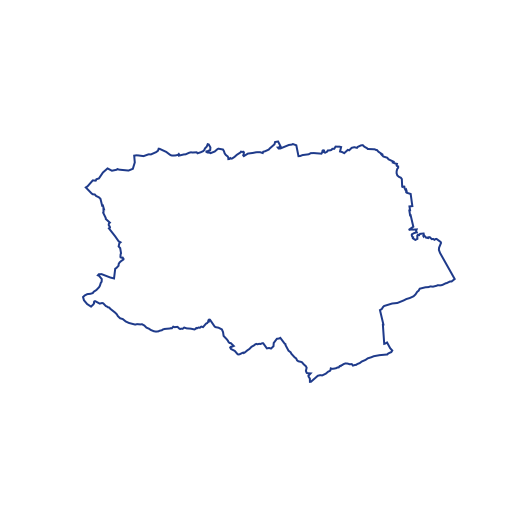 Mihaesti, Arges, Romania (Albers equal-area conic projection), rotated 237°
{"feature_id": "2599482B87190754251208", "entity_name": "Mihaesti", "entity_type": "district", "adm_level": 2, "iso_a3": "ROU", "parent_name": "Romania", "parent_adm1": "Arges", "projection": "albers", "projection_center": [25.018, 45.129], "detail": "fine", "context": "isolated", "style": "outline", "palette": "blue", "viewbox_px": 512, "rotation_deg": 237, "n_neighbors": 0, "source": "geoboundaries", "source_scale": "gbopen_adm2", "svg_char_len": 6152}
<svg xmlns="http://www.w3.org/2000/svg" viewBox="0 0 512 512"><g transform="rotate(237 256 256)"><path d="M308.1,369.2L306.9,368.0L306.2,366.6L310.8,360.6L312.4,358.0L312.6,355.6L315.3,350.0L315.8,347.5L316.6,346.0L326.9,350.1L329.8,347.9L329.9,346.8L331.2,344.1L332.9,335.0L333.8,333.5L335.0,333.4L334.0,335.2L334.7,335.5L334.5,336.3L340.0,336.9L341.2,334.1L339.6,332.3L338.7,326.0L338.3,324.7L338.9,320.6L339.5,318.8L338.7,317.7L340.8,316.0L342.9,312.7L344.1,309.6L346.3,305.0L346.4,300.2L347.4,300.1L348.1,301.1L349.5,302.3L350.3,302.2L350.6,301.4L351.7,300.2L351.3,299.5L351.3,295.0L350.8,291.9L350.8,289.0L351.2,288.1L352.1,287.8L351.9,286.4L352.3,285.6L353.5,286.3L354.8,286.5L357.2,285.7L359.1,285.6L361.3,286.2L363.3,286.3L366.5,282.9L366.6,281.7L366.1,278.3L367.0,273.9L367.8,273.5L369.3,271.6L370.4,271.1L370.7,271.4L370.1,273.0L370.1,274.0L369.6,274.8L369.8,275.3L371.9,276.9L375.3,277.1L376.1,276.4L374.6,274.3L374.0,271.7L373.1,270.5L372.7,268.9L373.1,266.1L374.0,262.9L375.3,262.7L377.3,259.2L378.4,257.9L379.0,256.2L379.6,252.3L380.4,251.0L382.1,246.2L382.9,246.8L383.6,246.8L383.3,245.6L384.3,243.0L385.9,240.4L386.7,239.6L387.8,239.0L392.2,237.4L398.4,233.5L399.0,232.8L397.7,231.2L397.5,228.9L398.4,223.3L399.8,221.2L401.0,216.1L404.5,212.0L405.6,210.5L406.5,208.5L400.5,205.3L396.2,200.2L397.1,195.6L403.0,188.2L404.4,187.1L404.2,186.2L406.0,181.6L410.3,179.2L409.4,173.1L406.6,166.5L407.3,164.0L406.5,162.6L408.3,160.3L406.2,152.7L406.2,150.6L398.0,152.2L396.7,152.7L395.4,154.3L393.4,154.6L390.8,156.2L388.7,156.7L382.0,154.4L381.8,155.1L378.1,154.0L378.4,153.6L375.9,152.1L375.8,151.6L375.5,151.4L369.8,150.7L368.8,150.2L363.6,151.6L363.5,150.7L362.9,149.8L361.7,149.2L360.4,149.4L359.4,149.0L359.3,147.7L349.2,148.6L343.2,148.8L341.3,149.8L341.1,148.3L338.8,146.0L336.6,146.4L331.8,144.3L331.2,143.4L329.2,141.9L328.6,141.7L327.2,142.9L327.2,143.3L325.6,143.3L325.3,142.9L325.2,140.2L324.9,138.1L324.1,136.5L322.7,135.4L322.0,132.5L322.0,131.0L314.5,124.7L317.3,122.1L324.9,116.6L326.3,114.2L325.9,112.9L324.9,113.6L320.7,114.1L320.1,113.7L318.5,112.5L318.0,111.2L316.1,108.9L315.3,107.4L314.4,103.6L314.4,100.4L313.8,98.9L314.5,96.5L315.9,93.8L316.2,90.9L315.8,88.6L312.6,87.6L307.7,88.2L303.4,90.1L304.0,93.3L304.6,94.5L305.6,95.0L306.0,95.9L305.6,96.6L301.2,99.0L300.4,101.3L299.5,102.1L295.8,102.8L294.4,103.7L293.6,103.9L292.6,104.9L291.2,105.0L285.3,107.0L283.0,107.5L280.8,107.4L277.8,108.1L275.7,109.9L272.0,111.1L269.0,113.0L264.3,117.3L263.6,119.2L261.5,121.9L260.9,123.2L258.5,124.5L255.6,125.1L253.2,126.7L251.4,127.4L248.6,129.3L247.1,130.9L246.0,133.0L245.8,134.5L245.0,136.6L245.1,137.8L244.6,139.6L242.0,144.5L242.0,145.0L241.2,146.0L241.8,148.1L240.7,148.9L239.3,151.6L237.0,152.1L236.1,152.6L235.8,153.7L234.9,154.8L235.1,156.8L233.0,158.5L230.6,161.7L227.9,164.4L227.8,165.5L228.1,166.1L228.1,166.8L227.5,167.1L227.3,168.9L226.4,169.8L226.6,171.3L226.5,171.8L225.2,172.8L226.5,177.3L226.3,178.5L226.8,179.7L226.6,180.7L226.9,180.9L227.7,180.8L228.1,181.3L228.2,182.1L227.6,182.7L219.3,182.9L218.3,183.4L216.3,185.5L213.0,187.4L210.1,186.9L206.6,185.3L202.3,186.1L200.2,186.3L199.2,186.1L197.5,186.4L196.7,187.4L192.7,188.3L193.1,186.0L193.5,185.7L193.5,185.0L193.3,184.5L191.6,184.4L188.0,186.5L183.6,187.1L183.0,187.6L182.5,188.7L182.1,192.1L181.8,192.9L181.3,192.9L181.2,194.2L181.6,197.5L181.6,199.7L182.3,202.8L182.1,205.6L182.3,207.2L182.1,208.4L181.2,209.1L180.6,210.9L179.8,211.7L179.4,213.8L178.9,214.5L172.6,214.8L171.7,216.9L170.2,218.2L170.8,221.5L173.4,223.5L175.2,228.4L174.2,230.5L174.1,231.8L166.9,232.3L166.1,232.7L165.0,232.2L158.9,231.7L156.3,232.6L154.9,232.4L150.0,233.2L148.2,233.9L146.1,233.6L144.6,234.2L142.8,236.0L141.8,236.7L139.3,237.0L136.4,237.8L134.7,237.6L132.5,235.3L130.7,234.9L130.2,234.9L129.5,235.5L127.8,237.8L127.0,234.7L126.2,234.4L123.9,234.4L121.1,232.7L120.6,233.5L121.9,242.6L121.1,244.9L119.8,246.5L119.3,250.5L119.7,253.5L119.4,255.4L119.6,256.1L121.0,257.5L119.9,258.4L119.0,260.2L118.2,262.3L118.2,263.5L117.5,264.7L118.1,266.2L117.5,267.1L117.9,268.0L117.5,269.1L117.7,270.3L117.2,272.5L115.9,274.2L114.0,275.8L113.5,277.0L113.0,277.5L111.3,277.6L110.7,279.7L110.2,280.5L110.2,282.3L109.7,284.7L109.9,287.2L109.2,291.3L109.3,294.0L108.3,297.5L107.8,300.2L105.5,305.7L101.9,312.5L102.2,313.4L102.1,314.9L101.7,317.1L102.5,318.8L105.6,318.3L112.1,318.8L112.2,316.7L112.5,315.7L129.3,325.0L129.1,325.5L143.1,330.5L143.0,332.5L144.1,335.0L144.3,336.2L142.0,344.3L139.6,349.0L138.3,355.7L138.0,358.7L137.0,362.1L136.4,366.2L136.9,368.8L138.2,371.8L138.3,373.4L139.4,375.5L137.5,381.0L136.0,383.7L135.5,385.7L133.9,387.7L132.6,391.5L132.6,392.3L130.8,394.9L130.2,396.7L129.8,400.3L129.4,401.1L129.0,404.7L128.1,406.2L128.5,410.1L158.3,412.0L161.5,412.7L163.3,414.1L166.2,418.3L167.2,418.5L172.0,416.7L172.4,415.9L172.4,414.5L173.8,413.9L174.4,412.6L177.1,412.0L177.6,411.3L177.2,410.2L177.7,409.7L178.2,409.7L178.6,408.7L181.1,408.3L181.5,407.5L181.3,407.2L181.6,407.2L181.8,407.3L181.7,408.1L183.6,408.8L185.2,405.7L185.0,405.0L185.1,404.4L184.7,404.1L185.2,403.4L185.6,403.3L185.3,402.4L182.5,400.7L182.7,398.4L185.4,397.2L186.1,398.0L186.7,397.6L187.5,397.6L188.9,398.1L189.3,398.7L189.1,401.2L188.3,403.7L189.8,403.9L190.8,405.2L192.3,402.5L193.7,400.6L194.7,398.3L194.9,403.9L206.0,407.9L206.2,407.4L210.7,409.4L210.4,410.1L214.0,411.7L212.7,414.3L223.8,419.5L226.9,416.9L227.5,416.7L228.1,417.6L229.9,418.1L229.7,417.3L232.2,417.6L233.4,418.2L233.7,418.0L234.2,416.4L234.6,416.4L241.1,420.2L242.8,420.1L244.5,419.0L246.6,418.4L248.9,419.0L250.6,420.2L252.1,421.9L252.6,423.3L253.7,424.0L254.9,423.2L255.5,423.3L256.5,424.4L257.7,423.2L259.8,421.7L260.2,422.7L264.9,419.8L266.9,419.6L270.1,417.0L272.7,416.5L272.7,417.2L276.7,415.5L279.1,415.1L279.8,414.2L280.8,413.7L284.9,408.0L286.0,407.8L288.6,406.4L290.8,405.9L291.6,404.3L292.1,400.7L291.7,399.6L293.7,397.7L294.6,395.2L293.9,391.7L295.0,390.8L294.2,386.0L296.2,384.9L297.9,383.4L301.0,386.7L302.2,385.6L304.4,382.3L303.3,380.0L304.3,378.4L303.9,377.1L304.1,376.1L305.4,373.6L304.8,372.6L305.0,370.2L306.2,369.5L307.4,370.5L308.1,369.9L308.1,369.2Z" fill="none" stroke="#1e3a8a" stroke-width="2"/></g></svg>